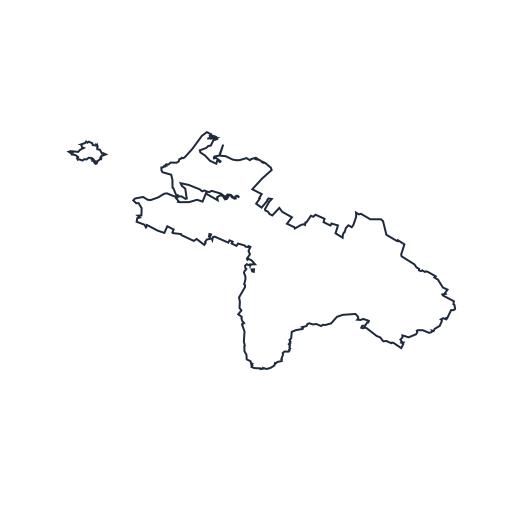 Rush-Lusk Lea-5, Fingal, Ireland (Natural Earth projection), rotated 193°
{"feature_id": "5873133B50398048682629", "entity_name": "Rush-Lusk Lea-5", "entity_type": "district", "adm_level": 2, "iso_a3": "IRL", "parent_name": "Ireland", "parent_adm1": "Fingal", "projection": "natural_earth1", "projection_center": [-6.207, 53.544], "detail": "fine", "context": "isolated", "style": "outline", "palette": "slate", "viewbox_px": 512, "rotation_deg": 193, "n_neighbors": 0, "source": "geoboundaries", "source_scale": "gbopen_adm2", "svg_char_len": 6104}
<svg xmlns="http://www.w3.org/2000/svg" viewBox="0 0 512 512"><g transform="rotate(193 256 256)"><path d="M142.6,319.9L152.9,317.5L163.2,320.7L165.2,319.7L168.3,320.8L167.2,316.8L168.1,308.2L169.2,305.6L172.9,306.7L174.7,303.5L175.0,299.2L175.7,298.6L176.1,295.9L175.7,293.3L183.6,296.0L183.0,304.2L189.8,304.6L190.3,302.5L191.2,302.6L197.8,304.2L197.6,307.7L207.4,309.6L209.0,307.1L211.5,307.6L214.4,300.1L215.4,299.8L215.2,297.3L216.6,297.7L219.0,296.5L224.4,291.5L225.2,292.7L233.1,294.4L229.7,301.8L240.5,305.0L244.1,308.1L249.2,299.2L252.2,299.9L254.4,301.9L257.1,302.4L257.8,303.6L255.4,311.6L253.5,315.1L256.8,314.9L257.7,312.9L257.3,312.5L261.5,304.4L267.6,307.0L265.2,312.9L265.9,313.2L264.4,317.6L274.6,320.2L267.7,332.5L260.1,343.3L261.5,345.5L268.2,348.8L270.6,349.3L270.6,348.7L268.5,348.5L270.4,348.5L272.2,349.4L273.8,350.3L278.4,350.3L278.6,350.9L277.5,351.4L278.3,351.7L282.6,349.3L283.4,348.0L287.4,349.2L293.6,345.7L296.7,344.9L300.4,344.7L308.1,346.4L313.4,345.7L314.0,346.0L313.0,357.2L314.4,345.6L318.8,343.6L319.3,342.7L318.9,341.7L316.9,342.5L311.1,340.0L312.4,340.0L311.9,338.9L315.1,341.4L315.5,337.0L322.2,338.4L328.2,342.4L333.5,344.4L334.5,346.3L328.8,350.1L327.2,352.5L324.9,353.4L323.5,359.1L320.3,361.2L320.8,361.6L320.4,362.1L326.9,360.1L327.8,360.4L329.8,359.2L328.0,360.4L323.6,361.7L325.7,361.5L321.5,362.5L321.6,363.1L324.4,363.4L328.9,362.4L326.6,363.5L327.9,363.8L326.5,363.7L327.1,364.5L331.8,365.6L335.8,360.8L342.1,346.1L347.6,336.2L349.0,334.9L350.6,335.0L351.0,333.9L352.4,333.1L352.6,330.7L354.5,329.0L360.3,327.8L361.7,325.6L363.6,325.2L363.5,324.0L364.5,324.4L364.9,322.7L365.8,323.0L366.5,321.4L368.1,321.0L367.5,318.4L366.0,316.6L356.9,316.1L354.6,311.5L352.7,303.8L351.9,303.6L346.9,296.6L345.9,297.7L344.2,296.8L341.9,297.3L337.6,295.8L336.4,296.4L340.1,305.7L344.1,307.7L345.8,310.0L337.5,310.1L325.9,308.3L323.0,306.9L321.3,308.1L319.4,308.1L318.8,307.9L318.6,306.2L318.2,307.7L315.8,307.8L313.9,309.5L304.2,308.9L299.3,306.6L297.6,309.5L294.2,309.9L289.9,307.3L289.1,307.8L289.5,309.4L288.2,310.5L287.1,310.4L285.5,309.2L288.0,310.3L289.3,308.9L288.7,307.5L289.9,307.0L292.6,307.8L294.2,309.2L297.0,308.9L298.2,306.3L297.6,306.9L296.7,307.4L297.1,307.8L296.6,307.6L296.7,306.7L299.3,305.6L298.9,304.7L298.0,305.8L297.9,305.0L297.2,305.4L297.4,304.9L298.8,304.6L298.1,304.0L299.6,304.7L299.9,304.1L299.7,305.2L301.3,306.6L304.1,307.4L307.1,304.5L305.9,301.7L318.9,305.6L320.3,297.0L326.1,297.5L333.2,293.5L341.8,291.4L344.0,291.2L343.7,292.0L346.7,294.2L345.9,295.2L356.8,297.0L359.5,296.0L364.5,291.1L371.2,286.8L374.0,286.4L379.4,288.1L386.8,284.8L388.1,282.6L384.6,280.5L382.3,281.1L378.2,276.9L376.8,269.8L380.3,268.7L377.8,267.4L380.2,266.1L380.0,262.5L371.7,261.4L369.0,258.3L369.7,259.8L369.3,261.7L357.5,258.6L350.5,257.9L349.1,265.0L342.2,263.3L342.8,260.1L342.3,259.6L334.0,260.5L333.4,259.6L320.0,256.7L317.7,259.2L308.9,255.2L308.0,257.4L308.8,258.2L307.6,261.0L305.0,262.2L305.2,262.9L303.0,262.7L302.2,261.7L302.3,264.7L300.8,265.6L286.0,262.8L285.3,265.3L282.7,264.9L281.9,264.6L282.6,262.7L277.3,261.5L276.3,264.1L269.5,263.7L268.3,262.8L265.7,262.9L265.5,264.0L263.5,263.6L264.4,259.2L262.3,256.3L264.3,251.3L263.4,250.4L262.6,251.5L259.4,250.8L255.1,247.7L259.1,246.6L259.4,245.2L259.9,246.4L261.6,245.5L263.1,246.0L264.5,244.0L263.6,241.8L262.5,241.1L263.9,238.3L263.9,236.9L261.8,233.8L261.0,230.8L261.2,225.8L260.1,225.1L259.7,223.3L263.2,211.9L261.4,207.7L260.4,201.8L258.0,199.6L260.2,195.2L256.2,193.5L256.1,191.8L254.7,189.5L252.5,187.9L254.3,186.3L250.2,179.8L248.6,170.0L246.7,166.0L247.1,165.3L245.8,160.6L243.1,157.6L241.8,153.2L237.6,152.2L236.7,150.3L235.4,150.2L236.0,148.9L234.9,148.6L235.4,146.9L232.5,146.4L226.3,147.5L226.1,146.9L223.1,148.1L223.4,148.5L220.2,148.3L216.9,150.1L213.5,153.3L213.4,156.0L212.6,155.8L211.3,157.6L207.3,159.4L207.6,161.2L208.1,161.3L207.5,166.0L208.1,167.4L206.8,169.3L202.6,170.2L202.1,171.3L202.7,172.1L201.8,173.4L202.9,174.5L202.7,176.1L203.9,177.2L203.3,177.5L203.8,178.3L203.0,179.0L203.6,179.8L203.2,180.3L204.5,181.8L203.2,183.6L204.1,190.1L200.5,192.7L194.2,195.4L194.0,196.6L195.0,197.1L191.6,198.8L190.8,199.6L190.7,201.1L188.9,202.4L185.3,202.1L181.9,203.3L176.8,202.4L175.5,203.9L172.6,204.5L167.6,207.3L163.4,215.0L158.2,218.2L146.1,221.9L143.0,219.9L142.3,218.2L143.0,216.7L139.8,217.2L137.3,218.8L131.5,218.2L131.6,216.5L132.8,216.1L134.0,212.6L136.8,211.9L137.3,209.8L135.6,209.6L133.7,210.8L131.8,210.5L120.4,205.2L116.6,204.6L112.8,201.5L109.9,202.5L104.5,201.5L103.9,202.3L102.0,202.1L93.8,198.9L92.7,203.4L93.7,203.9L93.1,204.8L95.1,204.4L94.8,205.5L96.5,207.0L95.0,209.4L95.5,211.6L89.0,211.1L82.5,215.7L81.7,218.0L82.5,219.4L81.7,220.1L76.9,221.2L70.1,220.1L68.1,221.1L67.1,222.5L67.5,222.9L66.1,222.8L65.5,225.2L61.3,229.2L60.3,234.2L60.5,235.3L61.6,235.8L59.7,237.5L56.7,237.1L56.8,238.2L55.8,238.1L53.7,247.2L51.3,247.7L50.1,249.2L51.6,252.9L52.8,253.4L53.0,256.4L65.0,259.6L65.8,260.5L62.7,261.8L63.5,262.4L61.8,266.3L66.8,267.3L73.4,273.9L77.3,275.2L76.4,276.6L84.7,279.1L86.8,279.3L87.9,278.5L90.7,279.4L91.8,278.4L94.0,278.7L94.2,280.1L97.1,281.0L99.8,283.5L114.0,288.4L114.9,290.1L114.0,300.7L121.2,303.3L121.3,302.3L122.3,302.4L133.7,306.0L140.1,318.6L142.6,319.9ZM254.6,240.1L256.2,240.1L257.3,241.9L255.0,242.6L254.6,240.1ZM304.6,266.9L305.2,264.6L306.2,264.6L306.3,267.0L304.6,266.9ZM436.1,313.2L436.6,312.0L432.8,312.3L434.4,310.5L433.0,309.7L432.1,310.2L431.8,312.6L429.9,315.0L427.9,315.8L429.4,315.3L429.6,316.5L427.8,316.2L429.7,316.7L429.1,318.7L425.2,321.2L428.1,321.8L429.1,321.2L432.1,324.5L434.6,324.3L435.1,325.6L434.8,326.9L435.8,328.5L436.0,327.7L436.9,328.3L436.9,327.6L440.0,327.4L440.9,329.0L444.6,329.8L445.7,328.5L447.2,329.3L448.0,327.6L451.5,325.4L450.9,325.4L451.2,325.0L449.9,322.7L448.2,322.5L451.4,319.8L452.7,317.4L457.9,316.8L457.8,315.9L460.0,316.6L461.9,315.5L458.9,314.4L458.3,313.4L455.8,313.8L453.3,313.3L452.2,312.2L451.0,312.8L452.3,311.0L451.3,309.7L449.9,310.4L446.6,310.0L445.2,311.6L442.8,312.0L441.1,314.1L438.3,314.5L436.9,314.0L437.4,313.2L436.1,313.2Z" fill="none" stroke="#1e293b" stroke-width="2"/></g></svg>